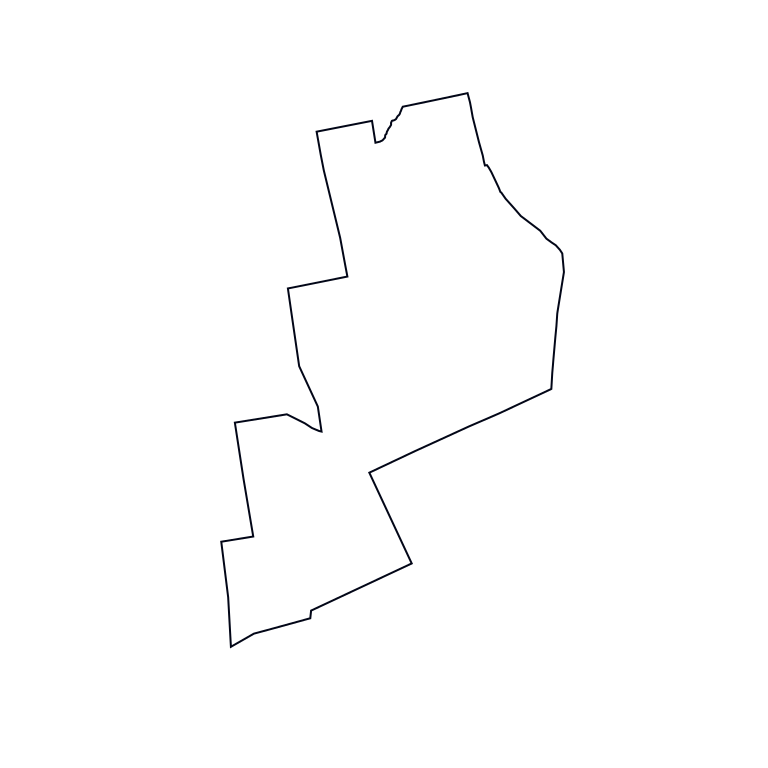 Florencio Varela, Buenos Aires, Argentina, rotated 22°
{"feature_id": "61730980B88470206742087", "entity_name": "Florencio Varela", "entity_type": "district", "adm_level": 2, "iso_a3": "ARG", "parent_name": "Argentina", "parent_adm1": "Buenos Aires", "projection": "mercator", "projection_center": [-58.275, -34.889], "detail": "fine", "context": "isolated", "style": "outline", "palette": "ink", "viewbox_px": 768, "rotation_deg": 22, "n_neighbors": 0, "source": "geoboundaries", "source_scale": "gbopen_adm2", "svg_char_len": 1780}
<svg xmlns="http://www.w3.org/2000/svg" viewBox="0 0 768 768"><g transform="rotate(22 384 384)"><path d="M361.1,95.1L358.2,90.6L352.5,83.0L346.2,87.3L319.7,105.1L297.5,119.9L297.5,120.4L297.4,121.2L297.4,121.7L297.3,122.4L297.3,123.1L297.4,124.0L297.4,124.7L297.3,125.3L297.3,126.0L297.4,126.7L297.4,127.3L297.4,127.9L297.3,128.4L297.2,128.9L296.9,129.3L296.8,129.7L296.5,130.2L296.3,130.7L296.2,131.4L296.1,132.1L296.0,133.1L295.9,133.8L295.6,134.3L295.3,134.8L294.6,135.6L294.2,136.0L293.8,136.3L293.3,136.5L292.8,137.0L292.7,137.7L292.7,138.6L292.7,139.2L292.9,139.8L293.2,140.2L293.5,141.2L293.3,142.4L293.2,143.2L293.0,144.0L292.8,144.5L292.7,145.0L292.5,145.6L292.5,146.7L292.4,147.7L292.2,148.8L292.3,149.8L292.5,150.5L292.5,151.4L292.0,152.2L292.0,153.0L292.1,153.5L292.3,154.1L292.6,154.8L292.6,155.4L292.1,156.4L292.0,156.9L291.7,157.7L291.4,158.5L291.0,159.0L290.8,159.4L290.3,159.8L289.9,160.2L289.6,160.7L285.7,163.5L274.3,144.5L227.0,175.3L239.5,195.2L248.1,208.4L288.6,264.9L302.8,287.2L309.8,298.1L259.1,331.4L268.7,347.9L298.7,399.3L331.1,429.7L343.9,451.5L341.4,451.9L333.8,451.8L325.3,450.1L305.3,448.5L260.2,475.7L289.3,524.6L319.9,574.4L292.2,591.2L319.4,640.1L340.5,685.0L356.9,664.2L368.3,655.6L403.4,628.8L401.3,621.4L476.9,540.0L403.6,471.7L438.0,434.5L478.7,391.5L501.5,368.4L541.0,325.9L535.8,310.5L533.5,303.0L532.3,299.2L525.4,276.6L522.2,265.8L518.3,253.9L517.8,251.9L508.9,212.8L500.4,196.2L496.8,193.7L491.3,191.0L486.4,190.0L480.1,188.4L471.5,183.4L447.9,177.0L439.2,172.5L427.4,166.7L421.1,162.6L419.9,162.3L419.0,161.3L417.8,160.0L416.7,158.9L404.7,147.8L403.4,146.7L402.1,145.7L401.2,145.0L400.2,144.2L397.5,142.5L395.7,143.6L393.3,140.3L390.0,135.2L381.4,124.1L366.3,103.4L361.1,95.1Z" fill="none" stroke="#020617" stroke-width="2"/></g></svg>